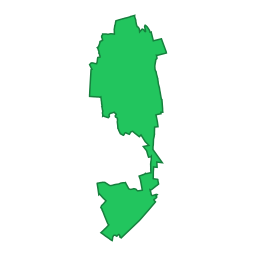 outline of Perieni, Vaslui, Romania
{"feature_id": "2599482B28911022909883", "entity_name": "Perieni", "entity_type": "district", "adm_level": 2, "iso_a3": "ROU", "parent_name": "Romania", "parent_adm1": "Vaslui", "projection": "orthographic", "projection_center": [27.615, 46.258], "detail": "fine", "context": "isolated", "style": "filled", "palette": "green", "viewbox_px": 256, "rotation_deg": 0, "n_neighbors": 0, "source": "geoboundaries", "source_scale": "gbopen_adm2", "svg_char_len": 5666}
<svg xmlns="http://www.w3.org/2000/svg" viewBox="0 0 256 256"><path d="M121.2,237.9L139.2,220.7L140.2,219.6L148.0,210.7L154.4,203.2L155.3,202.1L155.2,202.0L155.4,201.7L154.3,200.7L153.9,199.8L153.9,199.5L154.1,199.4L155.8,198.3L156.3,197.6L156.8,197.0L156.0,196.1L157.2,194.6L156.2,194.4L154.0,195.1L152.8,195.6L152.6,195.6L152.1,195.4L151.9,195.5L151.8,195.4L151.6,195.1L151.5,194.9L151.2,194.4L150.6,191.4L150.3,191.2L150.0,189.6L150.5,189.8L151.3,189.8L156.2,185.9L157.2,185.2L158.6,184.0L158.6,183.9L158.4,183.5L158.3,182.5L158.0,181.3L157.9,180.5L157.8,179.9L157.8,179.5L157.4,179.3L154.3,178.9L153.2,178.7L153.3,176.0L153.3,172.9L153.4,170.1L153.5,170.0L153.6,167.0L157.1,167.3L156.8,162.1L162.3,162.7L152.9,149.5L153.0,149.4L153.0,149.2L153.0,148.1L153.0,147.5L153.0,147.1L152.9,146.8L153.1,146.2L153.3,144.6L153.4,141.8L153.5,139.2L154.1,136.7L154.3,135.1L154.3,134.8L154.5,134.3L154.4,133.0L154.6,127.1L158.0,126.7L157.4,121.9L156.2,115.9L155.9,115.0L156.5,114.8L156.8,114.6L161.0,113.7L160.9,112.3L162.8,112.2L162.6,110.3L162.6,108.8L162.4,106.0L161.9,99.5L161.8,99.4L161.4,99.3L161.1,97.7L161.0,97.3L160.5,94.4L160.1,91.9L159.9,91.2L159.4,87.7L158.4,84.1L158.2,82.6L158.1,81.5L158.0,81.0L157.8,79.6L157.7,79.3L157.8,78.8L157.4,77.6L156.9,75.6L156.6,74.6L156.4,73.6L156.3,72.9L156.0,71.4L155.5,70.9L155.0,69.3L154.8,66.2L155.1,64.0L155.6,61.3L155.8,59.6L155.9,59.4L156.5,59.0L157.0,58.4L156.5,55.4L156.7,55.5L157.1,55.4L166.4,53.0L166.2,51.9L165.8,50.8L163.1,43.5L161.4,38.8L157.1,39.9L153.3,40.8L151.9,35.0L151.4,33.1L151.2,32.0L150.2,32.3L150.0,32.2L149.5,30.4L147.3,27.0L145.9,25.7L145.3,25.2L145.1,25.2L145.0,25.3L144.9,25.8L144.7,26.2L144.6,26.5L144.7,27.0L145.6,31.3L145.5,31.6L145.2,31.6L144.7,31.3L144.0,30.2L143.6,29.8L142.6,29.1L142.0,29.2L139.6,31.9L139.4,29.5L139.2,28.8L138.9,28.2L138.2,27.2L137.7,26.9L137.3,26.8L137.2,26.7L136.5,24.8L135.8,21.3L135.8,20.7L135.7,19.9L134.8,17.3L134.6,16.1L134.7,15.4L131.5,16.3L130.5,16.5L130.2,16.8L126.4,17.9L126.1,17.9L124.5,18.3L123.0,18.8L122.6,18.8L122.1,19.0L118.5,20.0L117.3,20.4L116.8,20.5L115.9,20.8L115.5,22.6L115.3,24.4L114.9,25.2L114.7,26.1L114.7,26.4L114.2,29.6L114.3,30.4L114.4,34.1L111.6,33.8L110.4,33.8L108.3,34.3L107.5,34.3L106.8,34.1L105.3,34.0L103.6,34.0L102.6,34.0L102.5,34.9L102.4,35.1L102.2,35.3L102.1,35.7L101.7,35.9L101.7,36.0L101.7,36.4L101.6,36.8L101.7,37.0L101.7,37.4L101.8,37.6L102.1,37.9L102.1,38.4L102.4,38.9L102.3,39.4L102.5,39.8L102.6,40.3L102.4,40.5L102.0,40.5L101.3,41.0L101.0,41.0L100.8,41.2L100.5,41.2L100.0,41.5L99.9,42.1L100.1,42.3L99.7,43.0L99.5,44.1L99.3,44.5L99.2,44.6L99.1,45.2L98.8,45.7L98.6,46.6L98.2,46.7L97.9,47.5L97.3,47.7L97.8,48.4L98.1,49.1L98.2,49.6L98.4,50.1L98.5,50.6L98.9,51.2L98.9,52.0L99.0,52.5L98.9,52.7L99.0,52.9L98.8,53.1L99.1,53.6L99.4,53.8L99.5,54.3L99.5,54.9L99.6,55.2L99.8,55.4L100.0,55.9L100.0,56.2L100.1,57.0L97.8,57.5L97.6,58.3L97.5,59.0L97.3,60.8L97.1,62.4L96.9,62.7L96.6,63.7L94.8,63.5L92.7,62.9L91.8,63.0L91.4,62.9L91.1,63.0L89.6,64.6L91.9,69.3L91.3,69.4L91.2,69.5L91.0,69.8L91.0,70.0L90.0,87.6L89.7,93.0L89.7,94.0L89.6,94.6L89.6,95.9L89.6,96.4L93.4,96.7L95.7,96.8L96.8,96.9L98.5,96.9L100.0,97.2L100.5,97.1L100.8,96.9L100.9,97.4L100.9,97.8L101.2,99.0L101.2,100.0L101.5,101.5L101.6,102.7L101.6,103.3L101.8,104.5L102.0,105.0L101.9,105.1L102.1,106.4L102.0,106.5L102.0,106.9L101.9,106.9L102.1,107.5L102.1,107.9L102.3,108.7L102.3,108.9L102.4,109.6L102.5,109.9L102.5,110.1L102.7,110.5L102.8,111.4L102.6,112.0L102.5,112.3L102.5,113.0L102.5,113.5L102.8,114.7L102.7,116.2L103.0,116.0L103.3,116.0L104.3,116.4L108.3,117.7L109.0,117.0L109.3,116.5L109.4,116.1L109.1,115.5L109.0,114.9L109.8,113.8L110.3,113.4L112.9,112.7L114.2,112.2L115.2,113.4L115.5,113.7L115.8,113.7L116.2,114.5L115.6,115.4L115.2,115.9L115.5,117.0L116.7,117.6L117.4,118.5L117.5,118.9L117.4,119.2L117.5,119.3L117.5,120.2L117.5,120.6L117.3,121.5L117.3,122.1L117.7,125.3L117.9,128.4L118.1,128.5L118.5,129.5L118.8,130.4L120.1,133.1L120.4,133.7L123.3,135.3L123.6,135.2L124.8,133.3L125.0,133.1L125.6,132.7L125.8,132.7L126.8,133.3L129.3,134.3L129.5,134.1L130.8,131.9L132.6,131.3L132.8,131.4L134.6,133.0L137.8,135.5L139.2,136.6L139.5,136.7L140.3,135.6L141.0,134.9L145.2,141.6L148.9,145.4L143.3,146.5L146.6,150.7L147.9,155.2L148.6,157.2L150.6,156.8L151.0,156.7L151.3,156.3L151.3,157.8L151.2,160.0L150.9,161.5L150.6,164.3L150.7,164.7L150.7,166.3L150.8,167.6L150.7,169.2L150.9,169.9L150.8,170.2L150.9,171.9L150.9,172.8L149.8,172.9L146.5,173.6L146.1,173.6L145.4,173.3L145.1,173.7L144.7,174.1L140.8,175.5L139.1,176.1L139.3,176.8L140.3,179.4L142.3,190.2L141.1,190.4L137.9,190.9L137.6,190.8L136.6,190.1L136.4,189.8L135.9,189.2L134.6,188.8L133.7,188.7L132.1,189.2L130.8,189.4L130.3,189.4L129.4,189.1L128.6,188.6L127.8,187.0L126.3,184.3L125.4,182.5L124.5,182.8L123.3,182.7L120.8,183.1L118.5,184.1L117.3,184.2L115.3,184.5L114.4,184.7L112.1,185.4L110.4,185.6L110.1,185.6L109.4,185.3L108.5,184.8L106.9,183.7L105.4,182.8L104.9,182.4L102.7,182.3L102.1,182.4L101.2,182.6L100.5,182.6L98.8,183.0L97.4,183.2L97.2,183.3L97.2,183.9L97.4,185.1L98.0,188.9L98.8,194.7L99.5,194.0L103.1,198.0L106.0,200.8L103.4,203.9L102.0,205.2L101.4,206.0L101.2,206.6L100.8,207.6L102.1,209.2L102.2,209.5L102.0,209.8L103.0,211.8L104.8,216.5L107.6,223.3L108.0,224.1L108.8,224.9L105.5,228.4L104.5,229.2L103.7,230.1L100.9,232.7L103.2,234.3L105.4,236.0L109.4,238.7L109.9,239.2L110.1,239.3L110.8,239.8L112.2,240.6L112.3,240.3L112.8,236.8L113.6,235.6L113.9,235.3L114.7,235.2L115.7,235.4L115.8,235.4L115.9,235.6L116.1,235.9L116.8,236.2L118.7,234.4L118.9,234.4L119.3,235.0L119.7,235.3L119.8,235.5L119.8,236.0L120.1,236.6L120.0,236.9L119.9,237.0L120.4,237.4L120.7,237.4L121.2,237.9Z" fill="#22c55e" stroke="#15803d" stroke-width="1.5"/></svg>